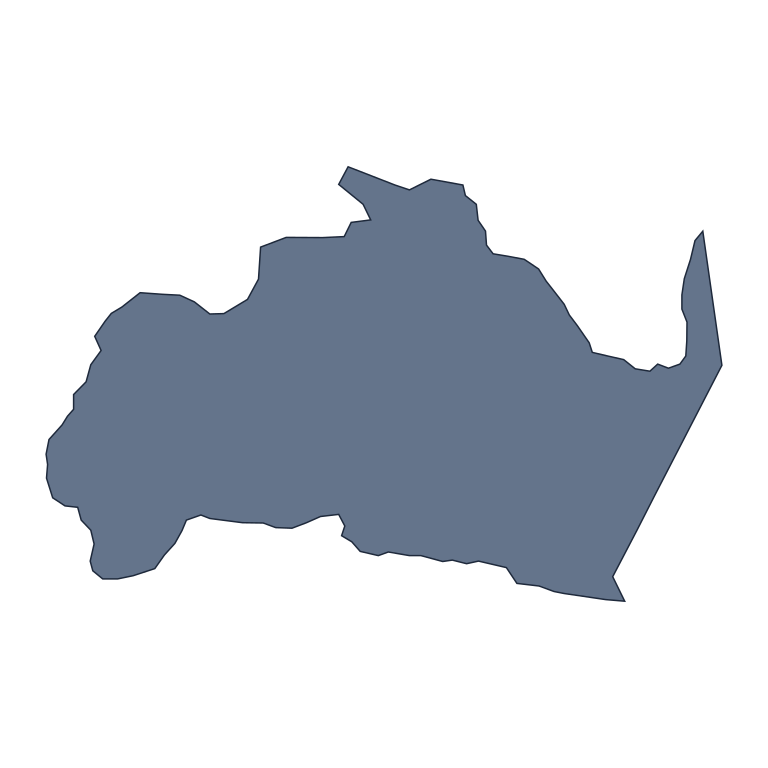 the district of Poção, Pernambuco, Brazil
{"feature_id": "56859067B37622328972357", "entity_name": "Poção", "entity_type": "district", "adm_level": 2, "iso_a3": "BRA", "parent_name": "Brazil", "parent_adm1": "Pernambuco", "projection": "orthographic", "projection_center": [-36.718, -8.218], "detail": "fine", "context": "isolated", "style": "filled", "palette": "slate", "viewbox_px": 768, "rotation_deg": 0, "n_neighbors": 0, "source": "geoboundaries", "source_scale": "gbopen_adm2", "svg_char_len": 1529}
<svg xmlns="http://www.w3.org/2000/svg" viewBox="0 0 768 768"><path d="M140.1,292.7L121.8,307.1L111.3,313.4L105.2,321.1L94.7,336.3L101.1,350.5L90.8,364.7L86.1,381.8L73.6,394.5L73.6,409.3L67.5,416.2L62.1,424.9L49.0,439.5L46.1,454.2L47.6,464.5L46.5,478.1L52.7,497.8L65.0,505.9L77.7,507.3L81.2,520.1L90.8,530.2L94.1,544.0L90.2,561.1L92.8,570.8L102.7,578.9L117.7,578.9L133.2,575.7L154.8,568.6L164.4,555.0L174.9,543.4L182.0,530.6L186.4,520.1L200.9,515.0L209.9,518.5L242.5,522.7L263.2,523.0L275.7,527.6L292.0,528.2L306.5,522.7L320.5,516.5L338.7,514.4L344.8,526.0L341.6,535.7L351.8,541.8L360.2,551.4L378.3,555.6L388.3,552.0L409.4,555.6L420.9,555.6L442.7,561.5L452.3,560.1L466.6,563.7L478.5,561.1L493.1,564.5L506.4,567.6L516.9,583.4L539.0,586.0L554.0,591.5L564.1,593.5L605.7,599.6L624.7,601.2L612.7,576.7L637.2,529.8L654.1,496.6L721.9,365.3L702.8,231.2L695.0,240.6L690.5,259.4L684.3,278.7L681.9,294.9L681.9,309.1L687.0,322.1L686.8,340.8L685.8,356.0L679.9,364.1L668.4,368.2L657.7,364.1L649.9,371.2L635.2,368.8L623.7,359.6L607.7,356.0L592.3,352.4L589.2,342.8L577.3,325.6L569.3,315.0L564.2,304.3L552.1,288.7L546.2,281.2L538.6,269.0L524.2,259.3L507.6,256.2L493.1,253.8L486.5,245.1L485.5,231.1L478.1,220.3L476.3,204.3L465.4,195.6L462.9,185.0L430.9,179.2L409.4,189.9L394.9,185.0L348.1,166.8L338.7,184.4L363.1,204.3L370.7,219.9L351.2,222.4L344.2,236.6L322.7,237.6L286.2,237.4L260.6,247.1L258.5,279.1L247.5,299.4L223.9,313.6L209.8,314.0L194.4,301.9L179.8,295.2L162.4,294.3L140.1,292.7Z" fill="#64748b" stroke="#1e293b" stroke-width="1.5"/></svg>